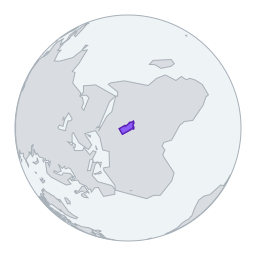 North Darfur on an orthographic globe, rotated 240°
{"feature_id": "SDN-881", "entity_name": "North Darfur", "entity_type": "State", "adm_level": 1, "iso_a3": "SDN", "parent_name": "Sudan", "parent_adm1": "", "projection": "orthographic", "projection_center": [25.452, 15.918], "detail": "fine", "context": "on_globe", "style": "filled", "palette": "violet", "viewbox_px": 256, "rotation_deg": 240, "n_neighbors": 0, "source": "natural_earth", "source_scale": "10m", "svg_char_len": 9309}
<svg xmlns="http://www.w3.org/2000/svg" viewBox="0 0 256 256"><g transform="rotate(240 128 128)"><circle cx="128" cy="128" r="113" fill="#eef3f6" stroke="#a8b0b8"/><path d="M97.4,19.6L98.3,19.4L93.7,20.8L93.5,21.0L91.0,21.8L93.0,21.4L95.4,20.6L97.2,20.2L97.3,20.4L94.0,21.3L93.5,21.4L92.5,21.8L90.9,22.3L91.7,22.1L87.8,23.5L91.8,22.5L88.7,23.9L86.1,24.7L86.2,24.2L80.4,25.9L79.4,26.4L88.3,22.6L97.4,19.6ZM72.5,30.0L66.7,33.7L63.8,35.6L60.0,38.4L61.6,37.4L65.2,34.9L67.2,34.1L71.4,31.5L72.8,30.9L77.1,28.7L76.6,29.7L73.7,31.9L70.1,33.9L68.8,35.0L72.3,33.9L65.6,38.7L61.4,44.0L59.7,45.4L56.2,46.3L56.0,44.1L51.4,46.6L54.5,45.8L50.1,49.8L49.4,50.9L49.7,51.4L51.4,50.2L49.9,52.0L46.4,53.1L47.6,51.5L48.8,51.1L48.6,50.2L46.2,51.6L44.2,53.9L42.7,54.6L41.2,56.3L40.1,57.6L42.5,54.7L38.1,60.1L37.9,60.4L43.8,53.2L50.2,46.5L57.2,40.4L64.6,34.9L72.5,30.0ZM17.4,106.5L17.4,109.3L17.1,110.4L16.9,120.7L18.6,127.1L19.0,132.5L18.6,135.0L19.7,136.9L19.7,138.8L25.7,146.3L30.2,153.4L31.1,159.9L29.3,165.6L32.3,179.9L30.2,181.7L32.8,187.3L36.4,193.5L31.8,186.6L27.7,179.3L24.2,171.8L21.3,164.0L18.9,156.0L17.1,147.9L16.0,139.6L15.4,131.3L15.5,123.0L16.1,114.7L17.4,106.5ZM77.1,28.4L77.1,28.6L76.3,28.9L77.1,28.4ZM79.0,27.4L78.1,27.6L78.9,27.2L79.4,27.0L79.0,27.4ZM80.0,27.2L80.3,26.4L81.7,25.7L84.9,24.6L80.0,27.2ZM96.2,20.3L93.6,21.1L95.6,20.3L96.2,20.3ZM104.2,17.9L102.6,18.3L107.5,17.3L104.8,18.0L102.3,18.5L104.2,18.2L97.0,19.9L100.3,18.8L104.2,17.9ZM98.0,20.0L98.4,19.7L101.8,18.9L101.5,19.3L100.5,19.4L98.0,20.0ZM111.3,16.6L111.9,16.6L112.9,16.5L107.8,17.3L108.6,17.0L111.3,16.6ZM99.8,19.7L101.3,19.6L99.8,20.2L97.8,20.2L99.8,19.7ZM102.7,18.6L104.3,18.2L103.4,18.5L102.7,18.6ZM95.4,22.7L95.9,22.1L97.6,21.6L95.4,22.7ZM102.0,19.5L102.5,19.3L103.2,19.1L103.9,19.2L102.0,19.5ZM108.7,17.3L108.4,17.5L110.8,17.0L111.4,17.1L107.9,17.7L109.6,17.5L109.8,17.6L106.7,18.0L108.7,17.3ZM106.8,18.7L102.6,19.9L101.4,20.9L99.7,21.3L102.0,19.7L106.8,18.7ZM107.0,18.3L106.5,18.6L104.8,18.9L104.0,18.8L107.0,18.3ZM113.0,17.0L113.0,16.6L113.8,16.5L113.0,17.0ZM106.8,18.9L107.8,18.7L106.9,19.0L106.8,18.9ZM111.5,17.5L111.4,17.3L112.3,17.2L111.5,17.5ZM110.0,18.4L108.6,18.7L108.1,18.6L110.0,18.4ZM111.0,17.9L112.2,17.8L108.7,18.4L110.8,17.8L111.0,17.9ZM112.4,17.4L112.9,17.3L112.3,17.5L112.4,17.4ZM112.9,18.7L108.6,19.5L107.4,19.2L111.7,18.5L112.9,18.7ZM178.8,27.5L179.7,28.0L189.2,33.6L188.3,32.8L195.8,38.1L203.0,43.9L209.6,50.3L212.7,53.8L214.1,55.4L219.1,61.7L219.2,61.9L216.3,58.1L215.5,57.2L213.6,54.9L215.2,57.6L212.6,54.5L215.2,58.4L217.3,60.7L216.8,59.2L220.2,64.4L223.2,68.1L226.7,73.8L231.8,85.8L232.5,90.8L233.2,92.9L231.9,91.4L232.5,96.2L236.9,106.1L237.7,109.4L237.6,117.3L237.1,114.8L233.7,110.8L234.7,119.1L237.5,124.2L238.5,131.6L237.1,130.3L235.9,123.9L234.7,122.3L233.8,115.2L230.3,105.7L228.9,108.8L227.8,104.7L222.9,97.7L220.1,102.0L216.6,115.4L218.1,126.2L216.0,131.8L208.6,118.0L204.9,108.1L202.4,109.8L194.6,102.6L181.7,104.6L179.7,102.1L177.3,103.8L171.8,101.9L168.6,97.9L165.4,98.6L173.7,109.2L177.1,108.5L179.8,103.6L181.5,107.6L186.8,110.5L181.5,121.5L162.0,133.0L159.9,125.0L143.9,104.0L144.2,101.5L144.1,101.2L143.9,100.7L142.7,104.8L139.9,100.7L148.7,115.5L150.2,122.1L161.8,133.5L160.7,134.9L164.4,137.1L175.7,132.7L175.8,135.4L170.6,148.5L154.7,166.7L156.7,177.5L155.3,186.8L145.2,193.3L145.9,200.0L140.6,202.6L140.1,206.4L135.7,210.4L128.5,214.1L116.5,214.2L115.9,210.9L110.2,204.4L102.2,187.8L105.4,180.2L104.4,174.0L95.7,159.7L97.6,151.9L95.3,148.4L90.4,149.0L87.6,144.8L84.7,144.5L66.1,145.5L60.4,139.5L53.6,122.3L56.9,116.3L57.5,108.8L80.4,86.1L85.3,88.0L103.4,85.9L105.7,86.9L103.6,92.6L117.2,99.9L121.5,95.1L133.8,98.9L142.0,98.5L144.8,87.7L131.5,88.1L129.1,83.0L139.7,78.2L151.4,78.4L150.8,76.5L143.4,72.4L146.1,68.8L140.9,70.8L143.0,72.7L139.8,74.1L137.7,72.5L138.7,71.2L135.1,70.5L131.2,77.4L133.0,80.1L123.8,81.5L125.8,86.3L123.3,88.5L118.9,81.5L119.3,78.8L111.2,71.5L110.0,74.3L117.6,81.6L115.2,81.0L113.6,85.4L113.0,81.6L105.0,73.4L96.7,74.9L86.1,85.3L81.3,85.9L77.2,83.4L81.0,72.6L91.4,72.5L92.9,69.2L90.8,64.3L94.1,64.9L94.5,63.0L98.5,62.9L104.0,58.7L108.1,58.4L110.2,53.1L112.6,52.4L110.6,55.6L111.4,57.9L121.4,57.8L123.3,56.7L123.9,53.3L126.6,53.9L125.9,50.8L131.6,49.6L124.0,48.6L124.5,45.2L128.0,42.7L126.8,41.6L121.2,45.7L120.2,47.6L121.5,49.4L117.6,55.1L114.1,56.0L113.1,49.8L108.1,50.7L109.5,46.0L123.8,36.9L129.7,35.4L139.6,39.4L138.3,41.3L134.0,40.7L137.9,44.1L137.6,42.4L139.8,43.1L140.9,40.5L142.5,40.9L140.7,37.9L142.8,38.1L143.9,40.0L147.2,36.8L151.6,36.8L151.6,35.9L150.3,35.0L156.7,35.9L156.4,35.3L154.2,34.7L152.1,33.1L151.0,30.8L153.3,31.2L154.0,32.1L158.9,34.9L160.4,37.4L161.3,37.4L160.5,35.3L154.5,31.9L153.2,30.5L156.2,31.8L155.0,31.2L155.1,30.6L157.3,30.5L154.0,29.0L151.6,23.4L155.5,23.1L158.5,24.7L159.2,22.4L163.7,22.9L161.6,22.3L160.6,21.2L159.2,21.0L158.1,20.6L154.8,18.7L155.7,18.8L154.4,18.5L162.7,20.8L170.9,23.8L178.8,27.5ZM72.6,98.1L72.0,100.4L72.6,98.1ZM163.9,84.3L170.8,84.1L167.3,77.8L169.6,77.4L167.6,75.5L167.0,77.4L161.9,72.4L164.7,70.3L163.7,67.7L161.3,67.7L157.0,72.4L164.2,79.4L162.9,82.2L163.9,84.3ZM17.5,109.3L17.3,110.9L17.2,110.4L17.5,109.3ZM21.3,92.3L21.0,93.6L21.0,93.3L21.3,92.3ZM22.1,89.6L21.5,91.5L21.4,91.6L22.1,89.6ZM50.3,49.7L50.5,49.7L50.5,50.4L49.7,50.7L50.3,49.7ZM54.7,50.7L52.2,53.4L53.5,51.5L52.0,52.3L52.8,49.5L58.9,46.0L56.0,47.9L54.7,50.7ZM55.5,45.2L54.3,47.1L55.4,45.2L55.5,45.2ZM92.9,53.9L94.2,55.1L92.7,57.1L87.6,58.4L89.8,55.4L92.9,53.9ZM96.5,56.4L96.9,50.4L100.1,49.6L98.2,51.0L100.3,51.1L97.9,53.4L100.5,58.9L99.3,61.1L90.6,61.8L94.1,60.2L92.6,59.0L96.5,56.4ZM92.3,39.4L92.5,37.6L99.1,38.2L98.1,39.8L93.0,41.0L91.1,39.7L92.3,39.4ZM85.5,25.8L85.2,25.6L86.1,25.3L87.1,25.1L85.5,25.8ZM95.5,22.4L88.0,26.3L87.2,26.2L83.8,29.0L80.4,30.0L82.7,28.1L77.6,31.1L78.3,29.8L75.0,32.0L80.6,27.7L81.1,27.0L81.8,27.4L84.9,26.4L86.4,25.8L91.0,23.5L93.5,21.7L97.0,20.8L98.8,20.6L98.7,20.9L96.5,21.3L98.0,21.4L94.7,22.3L95.5,22.4ZM117.7,23.3L115.1,22.9L117.6,24.6L114.3,25.0L114.8,25.1L112.4,26.0L110.4,27.5L108.9,27.5L108.8,28.1L107.2,28.8L106.5,29.7L103.6,30.1L102.5,31.2L101.7,30.8L100.6,32.7L100.1,31.5L98.0,32.5L99.6,33.2L85.5,34.8L80.0,37.0L75.6,39.7L75.3,37.6L79.2,34.0L85.1,30.3L90.4,28.8L89.3,28.3L91.6,27.5L91.5,28.2L93.0,26.7L94.8,26.2L100.0,23.9L100.9,22.4L102.9,21.6L103.4,22.0L104.9,21.1L107.3,21.4L108.7,21.0L112.4,21.0L112.7,22.4L114.2,21.8L117.1,22.0L117.7,23.3ZM113.9,18.8L114.9,19.9L113.6,20.8L107.6,20.3L106.0,20.7L102.1,20.8L104.1,19.6L105.0,19.7L106.4,19.5L105.2,19.9L107.2,19.4L108.5,19.5L110.4,19.3L110.2,19.7L113.9,18.8ZM108.2,84.8L110.0,85.1L112.7,84.9L111.8,87.8L108.2,84.8ZM102.7,79.3L104.3,78.9L104.3,82.6L102.4,82.5L102.7,79.3ZM105.2,75.8L104.4,78.7L103.8,77.0L105.2,75.8ZM112.1,55.2L113.8,54.9L113.9,55.6L113.0,56.8L112.1,55.2ZM124.3,29.5L123.0,28.9L123.5,28.6L122.8,26.8L125.1,26.6L126.5,27.6L124.3,29.5ZM142.5,89.6L140.2,91.8L138.9,90.8L140.0,90.2L142.5,89.6ZM125.2,89.9L129.1,91.2L124.9,90.6L125.2,89.9ZM126.7,29.0L126.1,28.2L127.7,28.6L126.7,29.0ZM126.8,26.4L128.7,26.6L125.3,26.4L126.8,26.4ZM179.2,224.1L179.4,224.8L177.9,225.2L179.2,224.1ZM174.0,183.5L165.7,199.7L160.5,200.3L159.9,195.9L163.2,186.3L169.3,183.0L172.4,178.3L174.0,183.5ZM239.4,144.7L238.7,146.5L238.1,146.3L238.5,144.1L239.5,142.7L239.6,143.2L239.4,144.7ZM238.5,144.2L237.1,140.8L233.3,128.3L234.7,127.6L238.3,134.0L238.2,135.8L239.0,138.8L238.5,144.2ZM240.4,135.7L240.2,136.4L239.9,130.7L240.0,127.3L240.3,126.8L239.8,114.0L239.8,114.3L240.6,125.0L240.4,135.7ZM218.6,127.1L221.0,132.9L219.7,134.4L218.6,127.1ZM239.1,109.3L239.4,111.3L238.9,108.1L239.1,109.3ZM234.3,95.9L234.1,97.1L233.5,95.5L233.4,93.2L234.3,95.9ZM229.3,78.8L231.3,83.2L232.0,84.8L230.9,82.4L229.3,78.8ZM146.2,28.2L144.6,30.7L145.0,32.9L147.8,34.4L143.2,33.5L142.6,30.2L146.2,28.2ZM150.7,23.9L148.3,22.9L149.7,22.8L150.5,23.1L150.7,23.9ZM148.9,23.6L145.2,23.3L144.2,22.5L147.3,22.8L148.9,23.6ZM136.0,25.6L135.4,26.3L134.1,25.9L136.0,25.6ZM234.8,92.2L234.4,90.9L234.8,92.2ZM157.4,20.6L156.0,20.1L156.7,20.1L157.4,20.6ZM152.6,18.9L152.8,19.3L151.7,18.7L152.6,18.9ZM153.3,20.1L152.4,19.3L154.7,20.4L153.3,20.1Z" fill="#d9dde1" stroke="#a8b0b8" stroke-width="1"/><path d="M126.9,120.0L127.1,120.0L131.8,120.0L131.8,126.5L130.8,126.5L131.2,130.0L131.3,130.1L131.4,130.3L131.6,130.9L131.9,131.7L131.8,132.2L131.9,132.4L132.0,132.5L131.9,132.7L131.7,133.0L131.6,133.3L131.2,133.8L131.2,134.0L131.2,134.5L131.0,134.9L131.0,135.0L131.1,135.3L131.1,135.5L131.2,135.8L131.3,136.0L131.1,136.0L130.3,136.0L130.2,135.9L129.9,135.7L129.7,135.6L129.4,135.6L129.1,135.2L128.8,135.0L128.8,134.9L129.0,134.7L128.6,134.2L128.3,134.0L127.9,133.7L127.7,133.6L127.3,133.6L127.0,133.6L126.4,133.5L126.0,133.5L125.9,133.5L125.9,133.4L126.0,133.2L126.3,132.9L126.3,132.7L126.2,132.6L125.7,132.8L125.4,132.9L125.3,133.0L125.2,133.0L125.0,132.9L124.8,132.8L124.7,132.8L124.6,132.7L124.4,132.6L124.3,132.3L124.5,132.0L125.1,131.3L125.5,130.7L125.5,130.4L125.5,130.2L125.4,130.1L125.3,129.9L125.2,129.8L125.2,129.7L125.1,129.2L125.3,128.4L125.2,128.4L125.2,127.8L125.2,127.3L125.2,126.9L125.2,126.4L125.2,126.0L125.2,125.5L125.2,125.1L125.2,124.6L125.3,124.2L125.3,123.7L125.3,123.2L125.3,122.8L125.3,122.3L125.3,121.9L125.3,121.4L125.3,121.0L125.3,120.7L125.3,120.2L125.6,120.0L125.9,120.0L126.2,120.0L126.4,120.0L126.7,120.0L126.9,120.0Z" fill="#8b5cf6" stroke="#5b21b6" stroke-width="1.5"/></g></svg>